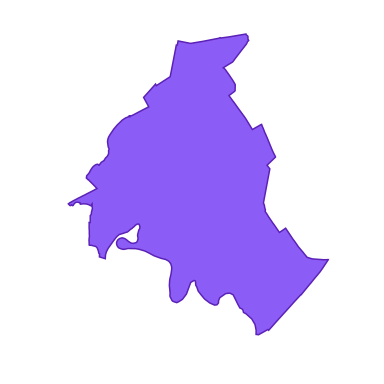 outline of Dridu, Ialomita, Romania, rotated 171°
{"feature_id": "2599482B72260409838364", "entity_name": "Dridu", "entity_type": "district", "adm_level": 2, "iso_a3": "ROU", "parent_name": "Romania", "parent_adm1": "Ialomita", "projection": "albers", "projection_center": [26.481, 44.685], "detail": "fine", "context": "isolated", "style": "filled", "palette": "violet", "viewbox_px": 384, "rotation_deg": 171, "n_neighbors": 0, "source": "geoboundaries", "source_scale": "gbopen_adm2", "svg_char_len": 5822}
<svg xmlns="http://www.w3.org/2000/svg" viewBox="0 0 384 384"><g transform="rotate(171 192 192)"><path d="M273.4,237.6L273.5,237.5L273.6,237.2L273.9,236.9L274.3,236.7L274.8,236.5L275.4,236.2L276.1,235.9L277.0,235.5L278.1,234.5L278.7,233.8L279.4,233.1L279.5,233.0L279.8,233.0L280.0,233.2L280.1,233.3L280.2,233.5L280.3,233.7L280.5,233.9L280.7,234.1L281.1,234.2L281.4,234.2L281.7,234.2L282.1,234.1L282.3,234.1L282.6,234.0L283.0,233.9L283.6,233.7L283.9,233.5L284.3,233.3L284.7,233.1L285.1,232.9L285.7,232.5L285.9,232.3L286.6,231.7L286.9,231.4L287.4,230.9L287.6,230.7L288.0,230.3L288.1,230.1L288.4,229.8L288.7,229.5L289.4,228.6L289.6,228.3L289.7,228.2L289.9,227.8L290.2,227.5L290.4,227.2L290.7,226.9L290.9,226.7L291.5,226.1L291.9,225.8L292.5,225.3L293.3,224.7L293.5,224.3L293.6,224.2L293.7,223.9L293.7,223.6L293.8,223.4L293.8,222.8L294.2,222.4L293.0,220.8L292.6,220.3L292.4,220.3L291.2,218.6L289.8,216.7L288.7,215.2L286.2,211.6L285.3,210.3L287.6,209.5L290.4,208.5L293.5,207.5L295.1,207.0L296.4,206.6L298.2,205.9L299.7,205.5L300.7,205.2L302.7,204.5L305.3,203.7L308.5,202.6L310.0,202.1L311.7,201.5L313.8,200.7L314.0,200.7L316.0,199.6L314.9,198.0L314.6,197.7L314.3,197.6L314.0,197.6L313.6,197.7L313.3,198.0L313.1,198.1L312.9,198.2L312.5,197.7L312.2,197.3L312.0,197.2L311.8,197.2L311.6,197.3L311.2,197.6L311.0,198.0L309.5,199.4L309.0,199.6L308.4,199.8L308.0,199.9L307.5,199.9L307.0,199.9L306.5,199.8L306.3,199.8L305.9,199.6L305.6,199.4L305.4,199.3L305.1,199.1L304.9,199.0L304.6,199.2L304.4,199.1L304.3,198.9L304.3,197.9L304.2,197.5L304.0,197.4L301.5,197.4L298.6,196.8L297.8,196.5L297.1,196.2L296.2,195.8L294.9,194.8L293.7,194.0L293.1,195.4L292.5,195.9L292.8,194.1L292.9,193.6L292.9,192.6L293.0,191.2L294.5,187.7L295.0,185.6L296.1,184.8L296.2,184.6L297.3,177.8L298.4,178.0L298.6,176.3L299.0,174.1L299.3,171.9L299.4,170.9L299.5,169.9L299.6,169.2L299.7,168.5L299.8,168.0L299.9,167.3L300.3,164.1L300.8,162.5L301.3,160.3L301.6,157.2L301.8,156.0L301.9,155.8L301.8,155.7L301.6,155.5L300.3,155.2L299.8,155.1L299.3,154.9L298.6,154.6L297.8,154.2L297.3,154.0L296.8,153.8L296.2,153.6L295.8,153.3L295.6,153.2L295.2,152.8L295.1,152.7L294.8,152.4L294.5,151.9L294.4,151.6L293.7,148.4L293.7,147.9L293.7,146.7L293.6,146.2L293.4,145.8L293.3,145.6L293.0,145.5L293.6,142.4L293.0,142.1L288.1,139.7L287.2,143.6L285.9,146.3L283.6,149.5L282.1,151.0L277.9,155.3L274.5,158.6L273.1,159.8L270.5,161.4L268.8,161.6L266.5,161.9L264.4,162.3L262.0,162.6L260.4,163.5L258.8,164.6L257.1,165.3L255.8,166.2L255.0,166.6L252.8,168.2L251.0,168.9L250.2,168.7L249.4,168.5L249.1,167.5L248.9,165.6L249.2,164.6L249.6,163.7L250.2,163.1L250.7,162.3L252.5,158.0L252.6,156.7L252.5,155.0L252.7,154.1L253.2,152.9L253.9,151.7L254.5,151.1L255.4,150.7L257.9,150.5L259.4,150.8L260.3,151.3L261.6,152.3L262.9,153.6L263.8,154.7L265.3,156.2L265.9,156.6L267.8,157.6L269.1,157.6L270.6,157.4L271.6,157.0L272.9,156.2L273.9,154.9L274.5,153.6L274.6,152.3L274.4,150.7L273.9,149.6L273.7,149.1L273.1,148.3L271.8,147.4L270.0,146.5L268.4,146.0L267.4,146.0L264.1,146.2L256.8,144.9L253.5,143.8L248.2,141.3L246.2,140.0L243.6,138.1L239.4,134.9L232.9,131.3L228.6,129.5L226.6,128.0L225.5,126.9L224.2,124.4L223.9,122.1L223.9,120.1L224.3,118.4L225.6,114.1L227.5,109.5L228.0,107.7L229.0,103.2L229.4,96.1L230.0,92.9L230.0,91.9L229.8,91.2L229.4,90.3L229.3,89.7L229.1,89.0L228.8,88.1L228.2,87.2L227.2,86.6L226.8,86.3L224.3,85.1L222.0,85.8L218.2,87.5L213.5,92.0L207.4,102.9L203.8,104.3L202.6,103.6L202.7,101.6L202.9,99.4L202.1,97.3L201.4,93.2L198.7,88.3L196.3,84.3L191.8,79.6L187.3,76.7L184.9,76.7L183.2,78.3L182.7,80.7L181.0,83.3L174.6,86.4L170.4,86.2L167.4,84.0L164.3,74.0L162.9,70.0L160.6,68.4L160.0,66.8L160.1,65.7L159.9,64.9L157.8,63.4L152.8,57.2L150.5,51.3L150.3,45.4L151.0,41.3L148.5,40.6L147.8,40.9L144.5,42.1L138.6,44.3L137.9,43.4L130.0,49.9L129.9,50.0L120.6,57.5L117.7,59.8L108.1,67.6L100.6,73.5L100.3,73.4L89.5,83.0L89.4,83.0L84.9,87.1L77.9,93.2L75.1,96.1L68.1,103.7L68.0,103.9L71.0,104.3L72.7,104.5L73.4,104.7L78.1,105.8L81.9,106.7L83.8,107.2L84.2,107.4L85.5,108.0L88.7,109.6L88.7,109.8L89.4,111.0L90.1,112.2L90.7,113.2L91.8,115.2L92.8,116.8L93.7,118.3L94.6,119.8L95.6,121.4L96.5,123.4L98.2,126.9L99.7,129.7L105.2,141.6L108.9,139.8L112.0,138.4L116.3,147.4L116.4,147.6L116.5,147.6L120.5,156.1L120.7,156.5L120.8,157.0L120.9,157.3L121.2,157.9L121.8,159.3L122.3,160.2L122.7,161.1L122.8,161.3L122.6,162.0L122.3,162.7L122.3,163.1L122.5,164.2L122.6,164.8L122.6,166.2L122.6,166.8L122.6,167.5L122.8,168.5L123.0,169.4L123.2,169.9L111.5,202.7L113.7,206.7L104.1,213.4L104.1,214.0L104.6,215.5L105.3,217.6L105.6,218.6L106.4,221.6L107.0,224.1L107.5,226.2L109.4,234.3L109.9,236.0L110.0,236.5L110.1,237.1L110.8,239.3L111.2,241.3L111.7,243.7L112.1,245.1L112.7,247.9L113.3,247.8L116.9,246.4L122.6,244.3L124.8,249.6L126.3,253.2L127.1,255.2L127.8,256.7L129.0,259.2L129.3,259.7L133.0,266.9L133.9,268.7L135.1,271.1L136.7,274.3L137.3,275.3L138.8,278.3L139.8,280.2L140.4,281.5L134.1,284.8L133.8,285.1L133.6,285.3L132.5,291.3L133.2,293.3L134.2,295.7L134.8,297.1L135.3,298.1L136.9,301.6L139.1,306.0L139.9,307.7L140.6,308.6L141.7,309.8L136.6,312.0L131.9,313.9L131.2,314.3L128.5,317.0L120.4,324.7L115.0,329.7L114.5,330.5L113.5,332.0L113.2,332.2L112.5,332.5L112.3,332.7L112.3,332.9L112.6,333.7L112.8,334.2L112.5,336.4L112.4,336.9L112.5,337.2L113.0,337.9L113.5,338.4L114.0,338.9L114.0,339.6L130.8,339.4L139.6,339.6L139.9,340.0L140.9,339.9L141.8,339.6L143.2,339.6L157.6,339.1L170.2,339.0L182.1,343.4L183.6,339.4L184.5,339.6L189.8,325.0L195.5,309.3L210.6,302.6L211.1,304.3L225.0,293.0L221.4,282.9L229.6,280.2L239.6,276.8L240.7,276.9L241.9,277.1L241.7,276.1L242.8,276.3L246.2,275.5L249.7,273.9L255.6,269.7L259.3,266.5L263.9,261.6L265.8,259.3L266.9,257.2L267.6,254.8L267.7,249.5L267.2,247.8L267.3,246.8L267.9,246.1L268.3,243.1L269.7,240.9L270.8,240.0L272.1,239.1L273.4,237.6Z" fill="#8b5cf6" stroke="#5b21b6" stroke-width="1.5"/></g></svg>